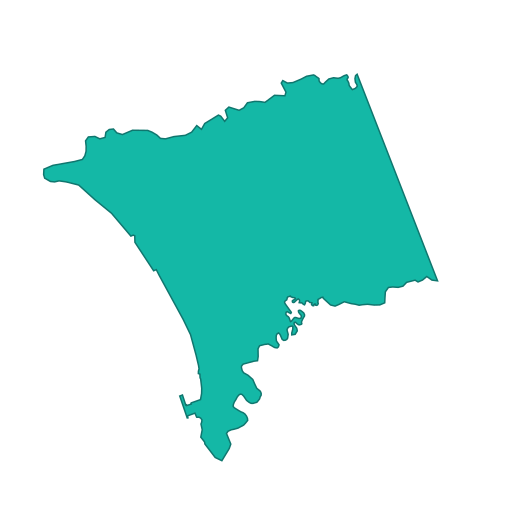 Seberang Perai Utara, Pulau Pinang, Malaysia, rotated 337°
{"feature_id": "92858781B46264786477712", "entity_name": "Seberang Perai Utara", "entity_type": "district", "adm_level": 2, "iso_a3": "MYS", "parent_name": "Malaysia", "parent_adm1": "Pulau Pinang", "projection": "mercator", "projection_center": [100.433, 5.483], "detail": "fine", "context": "isolated", "style": "filled", "palette": "teal", "viewbox_px": 512, "rotation_deg": 337, "n_neighbors": 0, "source": "geoboundaries", "source_scale": "gbopen_adm2", "svg_char_len": 4861}
<svg xmlns="http://www.w3.org/2000/svg" viewBox="0 0 512 512"><g transform="rotate(337 256 256)"><path d="M413.4,349.8L420.1,128.2L418.1,128.9L416.4,131.4L415.4,134.9L415.7,136.7L415.8,138.2L415.3,139.5L413.0,140.5L409.7,140.5L408.5,136.1L408.5,135.0L409.0,133.2L408.9,130.6L408.6,129.5L409.2,128.6L410.5,127.8L410.8,126.7L410.3,124.7L408.4,124.5L406.9,124.5L405.4,124.7L403.4,124.9L401.0,124.5L397.0,122.2L392.2,121.5L387.7,123.1L385.5,124.1L384.6,123.7L383.6,122.9L382.9,121.4L382.5,119.9L382.7,118.8L383.3,117.3L382.6,116.0L381.7,114.7L380.6,112.7L379.7,111.8L372.8,110.3L366.8,110.8L357.8,110.8L352.5,109.1L349.2,105.0L346.8,106.7L347.6,116.9L345.2,119.8L335.8,115.3L330.9,116.5L324.3,118.1L319.8,115.3L315.3,113.2L308.0,111.6L302.7,114.8L297.4,115.3L289.2,108.3L284.7,109.9L283.9,117.7L279.8,119.8L278.2,113.6L276.5,111.6L260.6,114.0L255.3,118.1L252.4,112.8L245.1,116.9L238.1,117.3L227.1,114.0L218.5,112.8L214.0,110.4L212.0,105.9L208.7,101.4L205.4,98.1L191.5,92.0L187.9,92.0L180.5,92.0L176.0,88.3L174.4,83.4L170.3,82.2L166.2,83.4L163.4,87.9L158.0,87.1L154.4,83.0L148.2,80.9L144.1,83.4L142.5,88.7L140.5,93.2L137.6,96.9L133.9,99.3L125.8,98.1L104.5,93.2L94.7,93.2L92.3,98.1L91.9,101.8L95.9,107.1L99.6,109.1L104.1,109.9L110.2,113.6L120.5,121.4L129.8,141.4L139.7,160.2L148.6,188.8L151.1,188.8L152.3,190.0L149.9,196.1L156.0,229.6L158.9,229.6L159.3,235.8L164.2,286.0L165.0,302.8L162.1,323.9L160.3,334.4L160.0,335.5L159.7,336.7L159.5,337.7L158.8,338.4L157.9,339.7L157.0,341.7L158.2,342.8L156.9,346.3L157.0,347.6L154.3,356.7L152.2,361.3L148.8,366.5L139.1,365.9L138.6,366.1L138.5,367.0L133.8,366.6L133.9,365.8L133.1,365.8L134.0,355.2L131.1,355.1L129.4,378.2L130.1,378.4L130.5,376.4L138.4,376.8L138.4,381.2L139.4,381.7L140.4,382.0L141.7,383.5L142.2,385.7L141.1,387.7L139.7,389.2L138.6,394.9L134.4,401.2L136.0,407.1L135.5,409.1L139.7,425.5L144.6,431.1L156.1,422.8L159.3,419.3L159.5,407.8L161.8,406.4L165.3,406.3L167.7,406.8L169.8,407.1L172.2,407.4L178.6,406.8L180.9,405.8L184.1,404.1L184.7,402.1L184.7,399.7L184.1,397.2L182.9,395.2L181.2,393.5L179.6,391.4L178.2,389.4L176.7,387.2L176.2,385.5L177.2,383.8L178.9,382.0L181.4,380.3L183.4,378.6L185.7,377.3L187.6,377.0L188.9,377.8L189.9,380.1L190.3,382.2L190.9,385.2L191.6,386.5L192.6,388.2L193.9,389.7L195.6,390.5L197.5,390.7L199.6,391.0L201.6,390.0L203.5,388.9L204.8,387.3L206.3,386.2L207.0,384.8L207.2,383.3L207.0,381.8L205.0,378.1L204.8,373.1L204.8,370.6L204.8,368.4L202.1,362.7L199.0,358.7L198.5,356.2L199.0,353.0L199.8,351.5L202.0,350.5L212.9,352.0L216.5,353.0L218.7,349.4L220.6,344.7L221.6,342.2L224.2,340.0L229.6,340.8L231.1,341.3L232.9,341.7L233.9,343.0L235.3,344.7L236.8,346.8L237.6,347.7L239.6,348.9L241.1,348.4L242.5,346.8L241.6,342.2L242.5,339.3L243.6,337.1L244.8,336.0L246.7,335.6L247.5,337.6L247.5,339.7L247.5,343.0L248.5,344.5L250.2,345.0L251.8,344.8L253.0,344.0L255.0,340.7L255.4,337.8L255.7,336.0L257.0,334.8L258.3,334.1L260.8,334.3L262.1,334.8L262.4,335.2L261.2,337.8L260.3,338.9L259.5,340.0L258.8,340.9L258.1,342.6L261.4,343.4L264.7,341.1L265.1,339.5L265.3,338.3L264.9,336.5L264.5,334.7L264.5,333.4L265.3,332.1L266.5,332.4L266.9,333.5L267.5,334.7L268.3,335.9L269.2,336.4L271.0,336.6L271.7,336.3L271.9,335.0L272.7,333.8L274.5,332.2L275.8,331.2L277.1,330.3L277.7,329.2L277.7,328.1L277.7,327.1L276.9,325.5L275.8,323.6L275.1,323.0L274.2,322.8L273.6,323.0L273.3,324.1L273.4,325.3L273.8,326.7L274.2,327.9L274.3,328.6L274.0,329.5L273.7,330.0L273.0,330.8L271.1,330.3L269.9,329.3L268.8,328.3L267.9,327.8L267.1,327.8L266.2,328.2L263.9,329.4L263.0,329.9L262.1,329.9L262.3,326.7L262.3,325.5L261.9,324.3L261.1,323.2L260.8,322.1L260.7,321.2L261.3,320.2L261.9,319.5L263.1,319.5L264.0,320.8L265.5,322.5L266.4,321.9L266.4,320.9L266.0,319.5L264.7,313.8L264.1,310.8L264.3,309.5L264.9,309.0L265.8,308.6L267.1,308.4L267.9,307.5L268.4,306.7L269.1,306.1L270.3,306.2L272.0,306.3L272.2,307.2L273.7,308.6L275.0,309.3L275.6,309.9L275.7,310.6L274.9,311.0L273.8,311.1L272.7,311.2L271.8,311.6L271.6,312.8L272.1,313.4L273.1,313.6L274.7,313.0L276.4,312.4L277.7,312.0L278.3,312.1L278.5,312.6L278.8,313.3L278.6,314.5L278.0,315.2L277.5,315.8L278.8,316.6L279.8,316.9L280.4,318.3L280.8,319.1L281.6,319.9L283.0,318.7L283.8,317.4L284.7,317.0L286.5,317.7L286.9,318.6L287.5,319.9L288.4,320.4L289.2,321.0L288.5,321.8L288.1,322.5L288.8,323.9L289.6,324.3L290.3,323.4L291.1,323.1L291.8,323.4L291.3,324.1L291.8,324.7L292.7,325.2L293.7,325.0L294.5,324.3L294.9,323.7L294.7,322.9L295.7,321.4L295.6,320.7L296.5,320.1L297.8,320.1L298.7,319.9L299.4,319.7L300.8,319.9L301.5,320.1L301.4,321.2L305.5,330.2L309.2,333.0L313.3,333.0L319.4,332.6L325.1,337.1L328.4,339.1L331.7,341.6L334.9,342.4L339.8,344.0L345.6,347.3L350.9,349.4L356.2,349.4L358.6,344.4L361.1,339.5L365.6,336.7L369.7,337.9L374.6,340.4L379.5,341.2L384.4,339.1L393.0,340.4L395.0,343.2L399.9,343.2L405.2,341.6L408.5,346.9L413.4,349.8Z" fill="#14b8a6" stroke="#0f766e" stroke-width="1.5"/></g></svg>